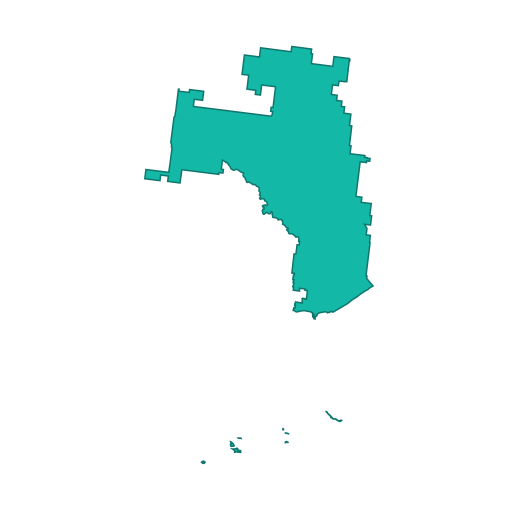 Greater Geraldton, Western Australia, Australia (Natural Earth projection), rotated 277°
{"feature_id": "25037944B20957215446412", "entity_name": "Greater Geraldton", "entity_type": "district", "adm_level": 2, "iso_a3": "AUS", "parent_name": "Australia", "parent_adm1": "Western Australia", "projection": "natural_earth1", "projection_center": [114.652, -28.44], "detail": "fine", "context": "isolated", "style": "filled", "palette": "teal", "viewbox_px": 512, "rotation_deg": 277, "n_neighbors": 0, "source": "geoboundaries", "source_scale": "gbopen_adm2", "svg_char_len": 6059}
<svg xmlns="http://www.w3.org/2000/svg" viewBox="0 0 512 512"><g transform="rotate(277 256 256)"><path d="M206.5,299.5L206.3,301.1L205.6,302.2L205.4,303.2L205.5,303.6L206.7,306.6L207.5,309.8L207.7,311.7L207.4,313.2L207.4,315.7L206.9,318.1L206.2,318.4L206.5,318.4L206.4,318.7L206.7,318.6L206.6,318.8L206.5,319.2L206.1,319.4L206.0,319.2L206.3,318.6L205.9,319.4L206.0,319.6L205.5,320.1L205.5,320.3L205.1,320.6L205.0,319.9L204.9,320.0L204.8,320.5L205.0,320.4L204.9,320.7L203.4,320.9L203.7,319.9L204.4,319.8L204.4,319.7L204.5,319.6L204.5,319.4L204.4,319.7L204.4,319.4L203.7,319.6L203.4,320.1L203.0,320.4L203.0,320.8L202.6,320.7L202.6,320.2L203.4,320.0L203.2,319.9L203.3,319.6L202.5,319.7L202.6,320.2L202.1,320.8L200.8,321.1L200.9,321.9L200.7,322.3L203.2,322.5L203.8,323.0L203.9,323.6L204.2,323.9L204.9,323.8L205.5,324.0L205.6,323.7L206.5,324.4L207.6,326.6L208.4,329.4L209.1,331.2L209.1,331.8L208.8,333.0L208.3,333.7L208.8,334.7L208.8,335.5L209.1,336.1L209.7,336.5L210.1,337.2L210.2,338.1L209.8,338.4L210.0,338.7L209.7,339.0L210.0,339.8L219.9,352.7L224.3,356.9L227.6,361.0L228.8,362.3L229.6,362.8L229.8,363.2L231.8,365.3L233.1,367.0L233.9,367.7L236.5,371.4L237.4,371.9L238.3,372.9L240.5,375.8L247.2,368.6L249.6,368.6L249.6,367.6L283.3,367.6L283.3,367.0L290.4,367.0L290.4,362.8L296.9,362.8L300.7,359.8L300.7,365.9L310.0,365.9L310.0,364.0L322.1,364.0L322.1,353.9L327.3,353.9L327.3,347.9L362.2,347.9L362.2,354.2L363.9,354.2L363.9,357.3L366.7,357.3L366.7,354.2L367.2,354.2L367.2,351.8L369.0,351.8L369.0,336.9L376.9,336.9L376.9,335.3L384.0,335.3L384.1,335.1L384.3,335.3L396.8,335.2L396.9,332.9L408.4,332.9L408.5,325.8L414.9,325.8L414.9,322.4L420.2,322.4L420.2,317.0L425.4,317.0L425.5,311.1L435.1,311.1L435.1,317.0L439.5,317.0L439.8,317.3L439.8,323.1L440.1,323.1L440.1,324.9L461.0,324.7L461.0,325.3L462.0,325.3L462.0,324.7L463.4,324.7L463.4,309.1L453.6,309.1L453.7,287.5L463.5,287.5L463.5,286.0L468.2,286.0L468.3,266.0L463.0,266.0L463.2,235.2L454.0,235.2L454.1,220.0L434.6,220.0L434.6,226.7L420.5,226.7L420.4,235.6L416.3,235.6L416.3,240.8L426.4,240.8L426.4,254.8L405.5,254.8L405.5,252.9L401.4,252.9L401.4,254.9L398.4,254.9L396.6,253.8L396.8,175.6L404.0,175.6L404.0,184.0L413.1,184.0L413.1,169.8L410.2,169.8L410.2,159.3L412.2,159.3L412.2,158.7L389.4,158.7L389.1,158.5L385.0,158.5L383.8,157.7L358.2,157.6L356.4,158.7L354.0,158.7L353.2,159.5L336.9,159.4L329.4,159.2L329.4,159.4L328.4,159.4L328.4,136.2L319.1,136.2L319.1,151.5L324.7,151.5L324.7,159.3L319.3,159.2L319.2,171.7L332.6,171.9L332.5,209.1L334.3,209.1L334.3,213.1L337.9,213.1L337.9,211.0L347.0,211.0L346.2,213.1L345.1,215.0L345.3,215.2L345.7,214.8L345.6,215.3L345.2,215.4L344.3,217.3L343.7,217.2L343.2,217.5L342.0,219.0L339.6,220.5L339.0,221.7L338.4,222.9L338.4,223.8L339.2,224.9L339.5,225.7L339.4,227.5L339.3,227.9L338.0,229.7L337.3,231.4L337.1,232.9L336.9,233.3L336.4,233.7L335.5,233.3L334.3,233.4L333.2,234.1L332.4,235.5L331.2,236.0L330.3,236.8L329.2,237.1L328.0,238.0L328.0,238.9L328.5,239.5L328.6,239.9L328.1,241.4L327.2,242.7L327.0,243.8L326.4,244.5L326.8,246.8L325.4,247.9L324.9,249.8L324.2,250.7L323.0,251.1L321.1,250.9L319.3,252.6L317.0,251.9L316.0,253.1L315.5,253.4L314.6,253.1L314.0,252.5L313.4,252.6L313.0,253.2L312.9,253.7L313.5,255.0L313.8,256.7L313.0,257.5L311.8,258.0L311.3,259.6L310.7,260.2L308.3,261.2L307.6,261.0L307.4,260.1L307.5,259.6L307.8,259.3L307.8,258.8L307.2,257.2L306.5,256.3L305.1,257.2L305.1,258.2L303.5,258.2L303.5,257.4L301.8,256.7L299.2,257.6L298.4,258.2L298.3,258.7L298.5,259.1L300.4,260.8L300.2,261.2L300.3,261.9L299.5,263.6L299.6,264.6L300.0,265.2L301.7,265.4L301.9,265.8L301.8,266.3L300.7,267.2L299.1,266.9L298.2,267.7L296.8,267.7L296.4,268.0L296.3,269.3L296.5,270.2L295.9,272.7L295.7,273.1L294.7,273.3L294.5,273.8L295.2,275.3L295.2,276.7L294.9,277.7L294.2,277.6L293.7,278.1L292.2,278.6L290.8,278.6L289.9,280.8L288.2,282.4L287.4,284.7L286.7,284.7L286.4,283.8L286.0,283.3L285.7,283.3L285.3,283.5L284.3,285.2L283.0,285.5L282.3,285.9L282.1,287.0L282.5,289.0L280.8,292.1L279.6,293.2L279.7,293.8L280.2,294.8L280.0,295.5L278.6,296.5L275.7,296.5L275.7,297.5L272.2,297.5L272.2,295.4L262.7,295.4L262.7,293.5L243.4,293.7L243.3,294.4L243.6,294.6L243.6,296.3L242.2,296.3L242.2,295.9L241.2,295.9L241.2,295.5L237.1,295.4L237.1,296.6L235.7,296.5L235.6,296.1L233.8,296.1L233.8,297.0L233.2,297.0L232.1,296.8L230.2,296.1L229.8,296.3L229.8,297.2L226.6,297.1L226.5,303.5L227.5,303.2L228.9,303.3L229.2,303.1L229.3,308.7L228.0,308.7L228.0,311.1L226.1,311.2L219.1,311.3L219.1,310.0L219.7,309.7L219.7,307.5L219.3,306.9L218.6,307.4L216.7,307.2L215.0,307.7L215.2,300.8L213.4,300.8L213.4,300.4L211.3,300.4L211.3,301.2L209.3,301.2L209.2,301.2L209.2,299.9L207.8,299.9L207.6,299.5L206.5,299.5ZM59.1,261.6L59.2,264.7L60.9,264.5L60.8,263.8L61.0,263.5L61.0,262.9L60.8,262.9L61.1,262.1L60.9,261.7L61.4,261.3L62.1,261.5L62.2,260.8L62.8,260.8L62.8,260.2L62.4,259.9L62.1,258.6L61.6,258.0L61.8,257.4L61.6,257.1L61.6,256.1L60.5,258.0L59.6,258.6L58.6,258.7L59.4,260.9L59.4,261.2L59.1,261.6ZM64.6,257.1L64.9,257.5L65.4,257.0L66.3,256.8L67.5,255.4L68.4,254.1L68.6,253.4L68.1,253.6L67.7,254.3L67.2,254.5L66.6,253.8L66.0,253.9L65.4,253.6L64.3,254.1L64.0,254.8L64.6,257.1ZM103.7,355.1L102.5,357.1L102.0,359.5L102.2,360.1L102.7,360.5L103.1,360.5L103.3,361.0L103.4,360.9L103.1,359.6L102.6,359.0L102.6,357.5L104.0,355.1L103.9,354.0L104.1,352.0L106.4,349.6L108.0,347.1L108.8,346.3L109.6,345.8L110.1,344.9L110.1,344.6L109.7,344.8L109.4,345.8L108.5,346.2L108.1,346.8L107.5,347.3L107.4,347.7L106.5,349.1L105.1,349.9L105.4,350.1L104.4,351.3L104.1,351.2L104.2,350.9L104.0,351.5L103.7,352.6L103.7,355.1ZM43.8,229.5L44.0,230.0L45.2,230.6L46.0,229.2L46.0,228.5L45.5,228.3L45.3,227.6L44.7,227.0L43.7,228.3L43.8,229.5ZM75.6,308.8L75.2,307.9L74.3,307.9L74.9,309.5L74.8,310.3L75.0,310.5L75.2,310.3L75.2,309.7L75.6,308.8ZM83.8,306.2L83.8,308.1L83.3,310.5L83.6,310.0L84.0,308.0L84.0,306.6L83.8,306.2ZM86.9,304.5L87.5,304.4L88.5,303.4L87.8,303.9L87.3,303.8L87.0,304.0L87.0,303.4L86.8,303.8L86.9,304.5ZM73.1,263.5L73.3,263.4L73.4,262.8L73.1,260.6L72.9,260.9L73.2,262.9L73.1,263.5Z" fill="#14b8a6" stroke="#0f766e" stroke-width="1.5"/></g></svg>